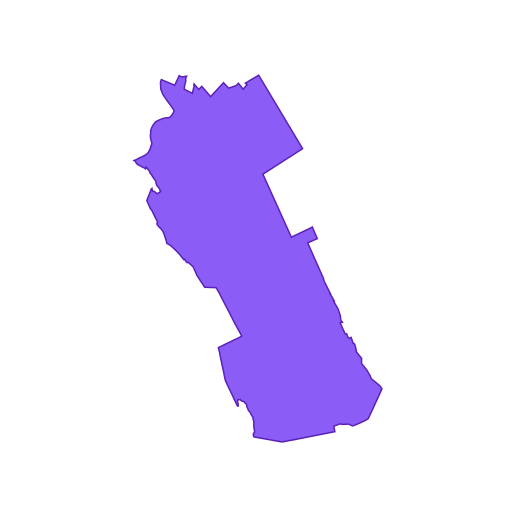 outline of Calopar, Dolj, Romania, rotated 232°
{"feature_id": "2599482B22631424246378", "entity_name": "Calopar", "entity_type": "district", "adm_level": 2, "iso_a3": "ROU", "parent_name": "Romania", "parent_adm1": "Dolj", "projection": "natural_earth1", "projection_center": [23.749, 44.163], "detail": "fine", "context": "isolated", "style": "filled", "palette": "violet", "viewbox_px": 512, "rotation_deg": 232, "n_neighbors": 0, "source": "geoboundaries", "source_scale": "gbopen_adm2", "svg_char_len": 4805}
<svg xmlns="http://www.w3.org/2000/svg" viewBox="0 0 512 512"><g transform="rotate(232 256 256)"><path d="M402.6,345.0L405.1,337.8L412.6,337.1L409.5,318.4L423.1,317.7L422.5,313.5L429.7,313.1L429.0,312.2L428.2,312.2L425.9,309.1L423.3,306.1L431.5,302.1L434.0,304.4L435.0,305.7L436.0,307.0L437.3,308.6L438.8,309.5L439.5,310.3L440.4,312.0L443.0,307.5L445.4,306.5L440.6,297.1L453.3,290.0L453.1,289.6L451.4,287.4L446.1,283.7L443.4,282.9L440.8,282.1L433.7,281.6L426.8,281.4L424.0,281.2L421.2,281.1L420.6,280.7L420.5,280.3L419.9,279.3L419.4,278.1L418.6,275.2L418.4,273.1L419.2,271.7L420.7,269.5L422.1,266.0L423.0,262.6L423.6,259.9L422.8,256.2L421.3,252.7L419.5,250.0L417.9,248.8L415.8,246.8L413.2,245.1L411.5,244.5L408.8,243.2L408.5,242.9L407.2,240.7L405.9,239.0L404.1,235.4L403.8,234.6L403.6,231.6L404.2,228.3L404.6,226.2L405.2,224.1L405.4,222.1L405.9,220.0L406.4,218.6L406.0,218.7L405.4,219.2L403.6,219.0L402.5,218.8L401.4,219.0L400.7,219.1L400.2,219.4L399.0,219.9L397.8,220.5L395.5,221.5L394.8,221.9L393.8,222.3L393.2,222.4L392.7,222.5L392.9,223.2L393.4,223.8L394.3,224.2L392.3,224.1L391.0,224.2L390.0,224.2L389.9,224.2L389.6,224.2L388.7,224.3L388.3,224.3L387.8,224.3L387.3,224.1L387.0,223.8L386.9,223.6L386.4,223.6L384.8,223.7L383.0,223.5L382.6,223.4L382.2,223.3L381.6,223.3L380.9,223.3L379.9,223.2L378.0,223.2L377.1,223.1L376.5,223.0L375.8,222.7L375.2,222.2L374.6,221.9L373.5,221.5L372.1,221.4L371.6,221.2L370.9,221.4L370.0,221.4L368.2,221.2L367.8,221.2L367.1,220.9L366.4,220.7L365.5,220.5L365.9,216.4L367.7,216.0L368.9,215.8L369.5,215.5L370.1,215.3L370.4,214.8L370.9,214.5L371.6,214.4L371.8,214.6L371.9,214.9L372.5,215.2L373.1,215.2L373.3,215.4L373.3,214.7L372.0,212.7L369.0,207.6L366.9,204.1L357.9,201.8L357.1,202.0L356.4,202.0L352.9,201.3L348.4,200.3L343.4,199.4L343.2,198.9L342.9,198.2L342.3,197.7L341.4,197.4L339.5,197.4L337.3,197.6L335.2,197.9L332.4,197.7L329.2,196.8L325.9,195.6L323.1,194.6L320.9,193.5L317.6,194.9L314.1,195.6L309.3,196.3L304.5,196.8L299.9,196.8L298.1,196.9L297.5,196.9L297.6,197.6L296.8,197.6L296.1,197.6L295.1,197.5L294.4,197.5L293.8,197.5L293.4,197.5L293.2,197.6L293.1,197.9L293.0,198.3L292.9,198.6L292.7,198.7L291.7,198.8L290.4,199.1L286.7,199.7L286.0,199.7L285.6,199.7L284.6,199.4L282.5,198.9L281.0,198.6L279.6,198.2L278.1,197.8L276.9,197.5L275.7,197.4L274.0,197.2L272.4,197.1L270.5,196.9L268.6,196.8L265.9,196.6L264.1,196.4L262.9,196.3L262.1,197.4L260.7,199.0L258.7,201.3L257.8,202.5L256.7,203.7L256.2,204.4L255.8,204.8L255.6,205.1L252.2,204.6L249.8,204.3L243.8,203.1L236.4,201.7L226.6,199.9L216.5,197.9L209.6,196.8L201.7,195.5L201.8,194.4L202.1,192.9L202.4,191.2L203.0,188.5L203.5,186.4L204.3,182.4L205.1,179.0L206.5,172.1L207.0,170.0L201.6,167.5L199.6,166.4L198.3,165.8L193.5,163.4L184.4,159.0L182.1,157.8L179.7,156.6L178.3,155.9L176.4,155.1L175.2,154.8L172.5,154.2L170.4,153.7L169.3,153.4L167.5,153.1L166.1,152.8L165.1,152.6L160.7,151.6L157.0,150.7L153.4,149.9L151.2,149.4L150.1,149.2L149.0,149.1L148.8,149.2L148.7,149.5L148.8,149.8L149.3,150.2L152.3,151.8L153.3,152.3L153.6,152.5L153.7,152.9L153.6,153.1L153.8,153.2L153.9,153.6L153.3,154.0L152.6,154.9L152.6,155.2L151.7,155.2L150.8,155.4L150.2,155.6L149.7,156.0L149.4,156.4L149.2,156.5L148.8,156.7L148.2,156.9L147.6,156.9L147.3,156.8L147.1,156.7L146.8,156.8L146.4,157.0L145.7,157.0L145.3,157.1L144.8,157.1L144.3,157.0L143.9,156.7L143.5,156.4L143.0,156.1L142.5,155.9L142.1,155.8L140.9,155.6L140.0,155.3L139.3,155.0L138.9,155.0L138.0,155.0L136.6,155.1L135.6,155.0L135.1,154.9L134.6,154.7L134.4,154.6L133.7,154.5L132.7,154.4L131.0,154.2L130.5,154.2L130.1,154.0L129.8,153.7L129.0,153.2L128.5,152.9L127.9,152.8L127.3,152.6L126.8,152.4L126.6,152.2L126.4,151.9L125.8,151.7L125.6,151.5L125.4,151.3L125.0,150.8L124.3,150.4L124.1,150.1L122.7,149.2L121.8,148.6L121.1,148.1L119.9,147.7L118.8,146.9L118.0,146.3L117.8,145.2L117.7,144.8L117.3,144.2L116.8,143.9L116.4,143.6L116.1,143.5L114.9,142.9L115.1,142.6L93.9,161.6L92.9,162.8L92.8,163.2L85.3,177.8L79.2,189.9L69.0,210.0L74.0,212.5L72.1,218.6L69.9,220.7L66.5,225.5L62.9,227.3L62.4,227.9L60.7,234.0L59.2,240.3L58.7,244.2L61.2,249.2L69.6,265.5L73.8,273.5L77.7,273.7L88.4,271.3L91.4,272.2L97.9,273.1L106.0,273.0L106.9,273.4L110.3,276.2L118.5,276.1L120.9,277.4L125.5,279.4L126.7,279.4L127.2,278.8L133.3,280.8L133.8,278.6L135.5,278.5L138.9,279.5L139.4,278.4L140.4,278.5L144.8,279.5L146.5,280.0L151.4,281.1L151.5,281.5L151.1,282.4L150.5,283.2L151.4,283.4L152.5,283.1L154.2,283.9L155.1,284.5L156.8,285.6L163.8,288.1L165.3,288.3L171.4,289.1L173.0,289.6L172.6,290.0L173.2,290.1L179.6,291.0L180.2,291.0L180.0,291.3L194.6,294.3L196.9,295.4L234.5,304.8L232.0,315.0L244.2,318.2L244.5,316.0L246.6,306.7L249.1,295.4L249.3,295.5L316.2,311.8L311.9,358.8L396.8,369.4L398.8,354.0L396.6,354.5L395.3,348.6L403.0,348.5L402.5,345.3L402.6,345.0Z" fill="#8b5cf6" stroke="#5b21b6" stroke-width="1.5"/></g></svg>